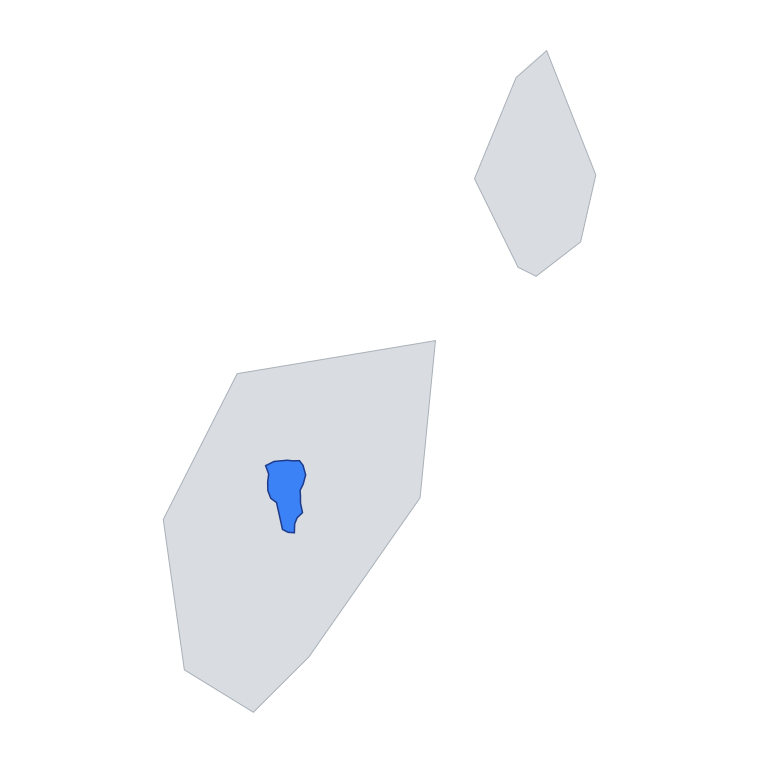 Malta, with Attard highlighted, rotated 81°
{"feature_id": "MLT-5920", "entity_name": "Attard", "entity_type": "state/province", "adm_level": 1, "iso_a3": "MLT", "parent_name": "Malta", "parent_adm1": "", "projection": "robinson", "projection_center": [14.431, 35.889], "detail": "fine", "context": "in_parent", "style": "filled", "palette": "blue", "viewbox_px": 768, "rotation_deg": 81, "n_neighbors": 0, "source": "natural_earth", "source_scale": "10m", "svg_char_len": 724}
<svg xmlns="http://www.w3.org/2000/svg" viewBox="0 0 768 768"><g transform="rotate(81 384 384)"><path d="M687.8,564.4L635.1,625.9L483.3,623.2L350.8,527.4L349.2,326.4L502.1,366.2L641.8,500.9L687.8,564.4ZM289.7,233.3L195.4,262.5L102.0,205.6L80.2,171.2L210.7,142.1L274.4,167.6L301.4,216.9L289.7,233.3Z" fill="#d9dde1" stroke="#a8b0b8" stroke-width="1"/><path d="M461.5,475.6L470.3,479.5L475.9,483.5L481.5,484.0L488.5,485.1L498.3,484.6L502.5,490.7L508.1,494.1L516.9,495.8L515.5,501.9L511.8,507.0L494.1,508.1L484.3,508.7L479.2,513.7L471.2,515.4L462.9,514.3L454.9,512.0L446.1,513.7L443.3,504.7L443.7,498.6L444.2,491.3L445.6,486.3L446.5,479.5L451.7,476.7L461.5,475.6Z" fill="#3b82f6" stroke="#1e3a8a" stroke-width="1.5"/></g></svg>